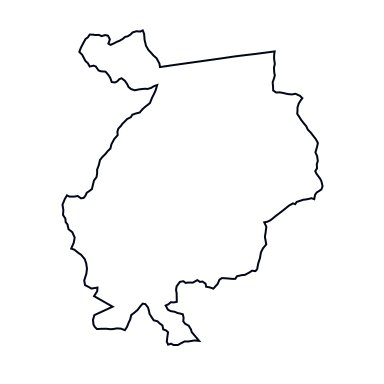 outline of Trindade, Goiás, Brazil, rotated 7°
{"feature_id": "56859067B82243960119331", "entity_name": "Trindade", "entity_type": "district", "adm_level": 2, "iso_a3": "BRA", "parent_name": "Brazil", "parent_adm1": "Goiás", "projection": "natural_earth1", "projection_center": [-49.558, -16.651], "detail": "fine", "context": "isolated", "style": "outline", "palette": "ink", "viewbox_px": 384, "rotation_deg": 7, "n_neighbors": 0, "source": "geoboundaries", "source_scale": "gbopen_adm2", "svg_char_len": 3614}
<svg xmlns="http://www.w3.org/2000/svg" viewBox="0 0 384 384"><g transform="rotate(7 192 192)"><path d="M266.4,255.1L267.5,249.4L267.8,243.5L269.3,239.3L272.1,234.9L270.8,230.8L269.8,227.5L270.0,223.6L270.0,217.4L267.4,213.3L270.3,212.4L273.0,210.7L275.5,208.3L277.9,205.7L280.6,203.1L284.2,199.6L289.9,193.7L293.6,191.0L295.9,191.5L297.1,189.1L299.9,187.8L303.5,186.1L306.4,185.4L308.8,184.6L311.3,183.6L314.2,184.2L314.5,179.8L315.8,177.3L317.9,175.6L320.1,173.7L320.9,170.4L319.2,165.7L317.5,163.1L315.3,160.8L313.4,158.8L311.8,156.3L313.2,153.3L312.5,149.2L313.1,145.9L311.8,141.1L309.7,137.6L310.6,131.9L311.0,128.1L308.5,124.5L305.2,121.2L302.4,118.4L299.3,115.9L297.4,112.8L294.5,110.1L291.5,107.1L289.0,104.0L286.9,101.5L286.8,98.7L286.4,95.2L287.2,91.1L288.7,87.8L290.1,85.4L287.4,83.4L282.8,81.9L279.2,83.0L275.0,83.1L270.5,82.6L267.0,82.4L263.4,83.0L260.2,81.3L259.7,78.1L258.7,73.3L259.5,69.5L260.0,66.1L259.1,63.5L258.2,58.7L258.6,54.8L257.2,49.6L256.8,45.6L256.9,42.4L238.7,47.1L222.3,51.1L216.5,52.6L203.8,56.1L158.1,68.3L145.0,71.9L144.0,68.5L140.6,63.6L137.2,61.3L134.2,58.6L131.4,56.3L128.5,52.4L126.4,46.8L125.2,40.9L123.4,37.6L121.0,39.1L117.3,39.2L113.5,40.9L111.8,43.2L109.2,45.3L106.7,46.2L104.6,48.5L101.7,50.7L99.1,52.1L96.4,54.0L93.2,55.9L90.9,54.9L91.9,50.6L89.6,47.1L86.7,46.8L83.3,48.3L80.4,47.4L77.2,48.0L74.8,47.9L71.3,48.2L69.8,51.2L67.7,53.1L65.8,57.8L64.0,62.8L63.1,66.7L66.3,69.2L68.5,72.4L70.3,75.0L72.9,76.8L75.2,79.9L78.9,78.6L81.3,79.2L84.4,82.7L86.7,83.3L91.5,83.1L94.7,86.0L96.9,88.6L98.9,92.6L102.2,92.7L104.3,91.3L106.2,88.8L108.3,87.7L111.8,89.8L114.5,92.8L116.2,95.5L119.0,97.3L122.8,98.0L127.6,96.4L132.5,95.3L135.5,95.1L138.7,93.7L141.3,91.6L144.4,90.1L143.5,95.5L142.2,99.6L140.8,103.5L139.4,108.9L134.9,113.4L132.6,116.1L130.4,119.5L126.7,120.9L123.3,122.6L122.2,125.2L118.7,127.5L116.3,130.7L114.6,132.8L113.1,135.5L111.2,138.0L110.6,140.9L111.3,144.7L108.4,148.8L106.2,154.5L105.7,158.9L103.5,161.5L101.3,165.0L98.9,168.0L96.8,171.4L96.2,176.7L95.1,181.4L95.6,185.4L95.4,188.9L93.3,192.6L92.8,196.6L92.3,201.3L89.9,203.6L87.6,205.6L86.7,208.6L85.2,211.1L82.6,211.8L79.0,209.9L75.7,210.9L71.0,211.5L68.3,210.6L66.7,214.2L65.0,220.4L66.5,225.5L66.8,230.6L69.5,233.7L70.3,237.3L72.4,239.4L74.0,244.0L78.1,246.5L81.1,251.5L80.8,256.8L79.0,262.9L82.3,263.6L86.7,266.4L89.6,267.8L93.7,271.7L95.7,275.8L97.1,280.9L97.1,286.0L95.8,292.9L97.2,297.5L100.6,298.7L104.0,300.1L109.8,298.4L110.0,302.0L107.5,307.3L127.2,315.5L110.1,326.1L109.3,331.0L110.4,335.6L112.0,337.8L114.4,339.6L118.4,338.9L123.4,338.2L127.9,338.1L130.5,337.6L134.2,336.5L138.1,336.3L142.2,337.3L144.0,333.7L144.9,329.9L146.2,326.0L146.7,321.5L149.8,318.5L152.4,315.6L154.8,311.5L156.7,308.8L159.4,309.0L162.4,312.0L163.8,315.4L164.7,318.1L167.0,321.0L169.6,324.0L173.4,324.5L176.1,326.5L178.9,328.0L180.2,331.9L183.0,332.5L185.3,334.1L185.2,338.8L185.2,343.5L186.9,346.4L189.7,345.1L192.2,346.1L196.6,345.6L199.9,343.2L202.9,341.2L206.7,340.8L212.3,339.1L217.2,338.9L211.1,333.2L208.8,331.1L207.7,328.5L205.0,325.1L201.2,323.6L199.1,321.4L199.0,317.9L197.8,314.5L195.2,314.1L192.3,313.9L189.6,313.0L185.2,312.8L182.4,311.7L179.7,307.9L182.3,306.3L184.3,304.0L187.4,303.8L190.3,302.9L189.8,299.3L189.1,294.4L188.1,291.2L188.2,287.6L190.9,282.7L194.3,281.6L196.7,283.0L199.5,282.3L204.0,281.8L208.0,278.8L210.9,280.3L213.2,279.6L216.6,281.3L217.6,284.3L221.2,284.5L225.0,285.3L228.7,280.0L229.9,275.8L232.2,273.8L236.7,273.5L242.9,273.3L245.6,272.9L246.8,270.2L251.7,268.4L254.6,267.8L258.9,264.8L261.1,262.8L264.6,262.8L266.1,260.5L266.4,255.1Z" fill="none" stroke="#020617" stroke-width="2"/></g></svg>